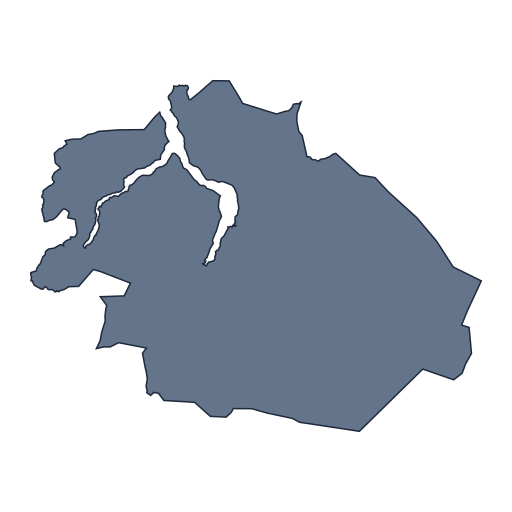 Aurland nor, Sogn og Fjordane, Norway (Albers equal-area conic projection)
{"feature_id": "86288312B95170740502461", "entity_name": "Aurland nor", "entity_type": "district", "adm_level": 2, "iso_a3": "NOR", "parent_name": "Norway", "parent_adm1": "Sogn og Fjordane", "projection": "albers", "projection_center": [7.036, 60.871], "detail": "fine", "context": "isolated", "style": "filled", "palette": "slate", "viewbox_px": 512, "rotation_deg": 0, "n_neighbors": 0, "source": "geoboundaries", "source_scale": "gbopen_adm2", "svg_char_len": 5935}
<svg xmlns="http://www.w3.org/2000/svg" viewBox="0 0 512 512"><path d="M359.4,431.3L422.7,369.1L453.7,379.8L462.1,373.3L465.6,363.9L471.5,353.4L469.1,327.4L461.6,325.1L467.4,310.8L481.3,280.9L453.2,267.0L436.7,241.3L416.9,217.8L388.2,191.7L375.0,177.6L359.6,175.0L335.8,153.4L332.8,154.3L330.1,156.4L324.7,158.7L320.2,159.3L319.6,160.5L317.9,161.2L315.8,159.9L312.3,159.6L311.2,158.7L310.6,157.4L309.5,156.9L307.0,156.7L302.2,135.5L298.9,131.6L296.9,121.9L296.9,115.6L297.2,113.2L301.1,101.9L299.9,102.6L299.1,103.9L296.6,103.6L293.4,104.3L291.6,108.1L288.4,111.0L286.0,111.1L276.5,114.0L242.6,103.4L239.5,97.7L229.2,80.9L212.7,80.7L199.1,92.7L190.4,99.7L189.0,99.4L188.1,96.1L186.9,94.0L186.8,90.8L188.1,89.2L188.4,87.6L188.0,86.5L187.2,85.6L185.2,85.3L184.2,86.0L182.4,85.3L181.0,85.9L179.2,85.1L177.8,86.4L173.7,86.1L173.7,88.3L172.1,92.2L168.9,95.6L168.3,96.8L168.5,98.9L170.3,100.9L171.4,105.6L171.7,107.9L170.2,110.1L171.8,111.4L171.9,112.2L173.1,113.2L174.6,116.0L175.9,116.9L177.3,119.1L178.5,122.2L178.0,125.0L177.1,126.7L179.9,131.4L181.8,133.4L183.9,137.1L184.4,139.2L184.1,140.8L184.7,143.9L184.3,145.3L184.5,148.0L186.5,151.6L186.9,153.6L188.9,158.6L189.5,162.9L194.0,166.1L196.2,166.5L198.5,167.7L200.7,170.3L202.3,173.7L206.3,179.4L207.8,180.0L212.0,179.7L216.0,180.9L218.3,182.3L222.3,181.4L231.7,185.0L234.1,187.6L237.1,194.4L237.2,197.2L237.7,198.8L237.5,200.2L237.7,202.3L238.5,204.6L238.5,206.7L238.9,208.0L238.2,210.3L237.4,215.0L235.3,216.5L234.9,220.0L235.2,221.1L235.1,222.0L235.2,221.7L235.5,222.1L235.1,222.2L235.4,222.7L233.2,225.1L236.6,225.6L234.5,226.2L232.6,225.9L232.0,226.7L232.8,226.3L232.3,227.0L230.2,226.4L229.6,227.1L227.9,226.9L228.0,228.1L227.4,229.9L226.8,230.4L224.4,235.4L221.2,238.7L220.9,239.7L220.9,241.5L220.2,242.6L220.3,245.8L219.9,247.1L219.4,247.4L218.2,250.1L217.1,250.3L215.5,251.7L215.8,254.4L214.8,256.6L215.0,258.6L214.7,259.6L213.1,261.1L208.7,262.1L208.2,262.6L208.2,263.0L209.0,262.4L207.2,263.7L206.5,265.7L205.5,265.6L204.2,264.4L203.4,264.7L202.7,263.7L204.1,263.5L205.3,262.5L205.6,261.6L205.2,261.8L205.1,261.3L204.6,261.0L204.7,260.2L205.0,260.1L205.4,258.9L207.1,257.5L207.0,257.0L208.8,252.8L210.1,248.6L213.3,243.4L212.5,240.7L212.9,238.8L214.4,235.6L214.4,234.9L214.8,234.1L216.3,231.2L219.3,220.9L221.5,216.5L220.0,211.8L218.7,209.5L218.9,208.7L218.3,206.8L219.4,198.0L220.4,195.9L212.9,190.5L206.9,188.5L205.2,186.3L203.0,185.3L201.7,185.6L200.0,185.1L198.2,183.5L197.2,182.0L193.8,179.1L186.7,169.6L183.7,168.2L182.9,167.0L181.7,163.3L180.5,161.4L179.7,158.2L176.9,155.0L174.5,153.3L172.2,153.5L170.5,156.9L168.1,160.6L167.1,163.1L164.8,165.1L161.9,166.7L160.0,166.9L156.3,168.6L154.3,171.7L153.3,172.1L153.2,173.2L152.0,174.2L149.3,175.5L142.5,175.3L138.8,177.4L135.8,180.5L134.3,182.8L131.5,185.0L130.4,185.0L129.2,186.3L128.9,188.4L128.3,189.4L128.1,191.0L127.5,191.5L125.1,191.5L123.7,192.8L121.7,193.2L118.3,196.4L114.2,195.7L111.3,197.7L110.1,197.4L109.4,198.0L109.0,199.6L105.6,201.0L103.2,203.2L102.5,203.1L101.3,206.6L100.5,206.8L100.6,206.3L100.2,206.1L99.4,206.5L99.5,207.2L98.7,207.7L98.0,209.2L99.3,210.7L100.0,212.9L99.5,213.7L99.5,215.5L98.7,216.6L97.8,219.5L98.0,221.6L98.7,222.8L99.4,225.7L98.5,229.3L96.0,234.6L96.1,235.0L94.7,235.7L92.9,240.2L91.2,242.5L91.2,242.9L89.7,244.1L86.6,245.4L85.9,246.4L85.5,247.2L85.6,247.9L85.2,248.3L83.4,246.6L83.3,245.4L85.3,242.3L86.3,241.0L87.5,240.5L88.7,238.8L89.8,235.8L89.7,234.2L90.0,233.1L90.9,232.4L91.4,231.0L92.9,229.0L93.1,227.2L95.1,223.9L95.3,222.1L95.7,221.2L95.8,218.8L95.5,217.7L96.6,216.4L96.4,213.9L95.0,212.3L95.4,211.2L94.9,210.0L95.6,208.8L95.7,208.2L95.3,207.7L95.4,206.9L96.3,206.0L96.3,204.0L96.9,203.1L96.6,202.5L98.2,200.6L101.0,199.4L102.6,197.3L106.7,195.7L108.0,194.6L109.7,194.6L112.8,193.0L115.6,192.9L116.2,191.9L118.6,192.2L121.0,191.1L124.4,187.4L124.5,186.8L123.8,185.4L123.7,183.9L124.0,181.4L123.6,179.4L124.1,178.3L126.3,177.6L127.5,175.8L131.3,174.0L133.8,172.1L134.7,170.7L137.5,169.0L144.5,168.0L146.6,166.5L150.3,165.0L151.6,163.5L152.9,162.9L155.0,160.4L160.3,159.3L160.7,155.0L164.5,149.4L164.3,148.0L164.8,145.8L165.7,144.5L169.0,141.3L168.2,140.5L165.9,136.1L164.9,131.5L164.9,129.6L165.6,127.2L165.4,125.4L165.7,123.4L164.1,120.2L163.3,119.6L162.7,118.0L160.8,115.8L159.7,112.2L154.6,117.1L144.2,129.6L117.7,129.9L98.3,131.4L93.7,133.5L87.9,134.6L80.7,139.0L72.1,139.2L65.2,140.7L66.9,144.3L64.0,146.0L62.8,147.7L59.4,148.7L54.3,153.4L55.3,163.0L59.5,166.8L60.3,167.9L60.3,168.9L58.0,169.8L56.9,171.0L54.5,172.5L52.2,177.0L52.5,179.5L54.3,182.0L53.9,182.6L51.5,185.3L50.2,185.4L43.5,190.4L42.9,191.7L43.2,193.8L42.3,195.0L41.7,196.9L43.3,198.2L43.8,199.3L43.6,199.7L43.9,202.4L43.4,203.4L43.5,203.9L42.6,205.0L43.0,205.5L42.7,206.8L43.0,207.2L41.7,209.2L42.2,210.5L42.0,211.4L42.8,212.7L42.9,214.8L43.8,217.4L44.2,220.8L44.6,221.5L46.7,221.6L49.4,220.3L52.9,219.7L56.5,216.8L63.0,209.1L65.8,209.3L69.2,212.3L67.7,217.7L75.3,219.5L75.6,222.6L77.0,230.1L77.1,232.5L76.0,235.5L74.6,237.0L70.5,237.0L70.8,238.7L65.9,240.9L63.9,242.7L63.2,243.4L63.6,245.9L61.9,244.9L60.2,244.7L54.2,248.1L48.6,249.0L45.6,251.4L45.1,255.0L43.1,256.4L40.1,264.0L39.2,264.6L36.9,268.1L36.4,270.8L30.8,272.6L30.7,274.5L31.5,276.9L31.0,280.9L32.2,280.7L34.1,284.9L34.9,285.6L41.2,289.0L43.0,289.2L45.1,286.7L46.6,287.4L47.8,289.2L49.4,289.8L51.4,289.4L53.9,290.6L55.0,292.0L56.1,291.7L56.9,290.7L58.7,291.8L60.0,290.7L64.2,289.5L68.9,286.7L78.6,286.4L93.3,269.5L100.9,271.7L130.4,283.1L124.2,295.9L100.3,296.7L106.7,305.5L106.7,306.5L106.0,307.8L105.4,312.4L105.0,316.1L105.2,321.0L101.6,332.6L100.2,340.5L96.4,348.6L103.8,346.9L110.2,346.9L118.5,342.7L146.4,348.0L142.5,353.2L145.0,366.6L146.5,373.2L147.3,378.9L146.1,386.1L147.1,390.7L146.8,392.7L150.6,395.4L153.5,392.9L153.4,392.5L158.4,393.2L163.9,400.5L194.6,402.3L210.4,416.4L226.2,417.1L231.4,412.2L233.3,408.6L251.7,408.7L267.7,413.2L292.4,418.4L299.6,422.3L359.4,431.3Z" fill="#64748b" stroke="#1e293b" stroke-width="1.5"/></svg>